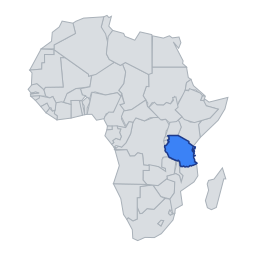 where United Republic of Tanzania sits in Africa
{"feature_id": "TZA", "entity_name": "United Republic of Tanzania", "entity_type": "country or territory", "adm_level": 0, "iso_a3": "TZA", "parent_name": "Africa", "parent_adm1": "", "projection": "mercator", "projection_center": [35.057, -6.356], "detail": "fine", "context": "in_parent", "style": "filled", "palette": "blue", "viewbox_px": 256, "rotation_deg": 0, "n_neighbors": 49, "source": "natural_earth", "source_scale": "50m", "svg_char_len": 13707}
<svg xmlns="http://www.w3.org/2000/svg" viewBox="0 0 256 256"><path d="M54.1,49.7L54.1,54.6L44.5,54.5L44.6,62.7L41.9,62.9L41.7,69.1L29.7,70.1L41.2,48.8L54.1,49.7Z" fill="#d9dde1" stroke="#a8b0b8" stroke-width="1"/><path d="M164.6,145.7L168.7,156.9L162.9,157.5L161.8,167.1L165.4,168.3L165.7,171.5L158.3,166.6L143.7,165.0L142.5,153.9L137.7,152.8L134.6,155.9L130.1,156.1L126.8,149.7L114.7,149.5L118.9,145.7L121.7,147.1L125.9,142.9L130.6,133.8L133.2,120.4L135.9,117.9L144.5,120.9L153.9,117.3L158.9,117.4L162.0,120.1L165.7,119.2L170.0,126.2L166.2,130.9L164.6,145.7Z" fill="#d9dde1" stroke="#a8b0b8" stroke-width="1"/><path d="M200.2,137.5L198.5,124.5L201.8,120.3L210.1,118.0L218.3,109.2L206.3,105.8L203.1,101.7L204.8,99.0L209.0,102.1L227.9,97.4L224.9,109.0L218.1,120.3L200.2,137.5Z" fill="#d9dde1" stroke="#a8b0b8" stroke-width="1"/><path d="M193.3,146.2L177.9,135.4L181.2,127.1L178.2,120.2L182.0,116.6L190.2,122.1L201.0,121.2L198.5,124.5L200.2,137.5L193.3,146.2Z" fill="#d9dde1" stroke="#a8b0b8" stroke-width="1"/><path d="M150.8,108.6L148.5,107.3L147.5,106.5L147.8,103.1L143.1,95.7L146.3,86.4L148.8,86.6L148.7,73.2L152.0,73.2L152.0,67.0L186.5,67.0L188.3,77.5L191.0,79.4L186.5,82.6L184.8,92.8L178.9,101.5L178.1,107.2L174.5,96.7L170.5,103.9L166.5,102.5L163.5,105.1L157.1,104.9L152.2,102.6L148.8,107.4L150.8,108.6Z" fill="#d9dde1" stroke="#a8b0b8" stroke-width="1"/><path d="M148.6,74.5L148.8,86.6L146.3,86.4L143.1,95.7L145.8,100.0L131.6,109.6L123.7,111.0L119.9,104.7L124.3,103.4L121.8,93.5L118.7,90.4L123.7,83.6L125.6,72.0L122.5,64.3L125.4,62.5L148.6,74.5Z" fill="#d9dde1" stroke="#a8b0b8" stroke-width="1"/><path d="M126.8,219.4L128.2,217.7L133.0,220.9L137.2,219.0L137.2,207.0L140.1,213.6L142.1,213.3L147.1,208.6L153.9,209.3L164.9,198.5L170.0,199.0L172.2,205.7L171.9,210.4L169.6,210.1L168.5,213.4L170.3,215.1L174.8,213.3L173.0,220.0L161.4,233.6L154.3,237.6L145.0,237.4L137.7,240.6L132.8,238.3L132.3,229.7L126.8,219.4ZM163.6,220.6L161.0,220.3L157.8,223.7L161.0,226.0L163.6,220.6Z" fill="#d9dde1" stroke="#a8b0b8" stroke-width="1"/><path d="M163.6,220.6L161.0,226.0L157.8,223.7L161.0,220.3L163.6,220.6Z" fill="#d9dde1" stroke="#a8b0b8" stroke-width="1"/><path d="M170.0,199.0L160.8,196.6L152.8,185.0L158.0,185.6L167.3,178.3L174.8,181.9L174.3,192.9L170.0,199.0Z" fill="#d9dde1" stroke="#a8b0b8" stroke-width="1"/><path d="M164.9,198.5L153.9,209.3L147.1,208.6L142.1,213.3L140.1,213.6L137.2,207.0L137.2,197.7L140.0,197.6L140.1,186.6L152.8,185.0L160.8,196.6L164.9,198.5Z" fill="#d9dde1" stroke="#a8b0b8" stroke-width="1"/><path d="M137.2,197.7L137.2,219.0L133.0,220.9L128.2,217.7L126.8,219.4L123.5,214.5L120.8,198.6L113.4,183.7L152.2,184.5L140.1,186.6L140.0,197.6L137.2,197.7Z" fill="#d9dde1" stroke="#a8b0b8" stroke-width="1"/><path d="M30.7,92.7L28.1,89.3L32.4,84.1L36.9,83.6L43.9,89.6L45.8,96.1L30.8,96.3L30.3,94.0L39.1,93.0L30.7,92.7Z" fill="#d9dde1" stroke="#a8b0b8" stroke-width="1"/><path d="M45.8,96.1L43.9,89.6L45.4,87.3L63.2,87.0L60.5,57.6L65.0,57.6L88.5,74.2L88.5,76.1L91.7,75.8L89.9,86.8L76.2,88.5L67.7,93.1L63.6,102.3L56.0,102.8L52.8,96.5L49.8,97.9L45.8,96.1Z" fill="#d9dde1" stroke="#a8b0b8" stroke-width="1"/><path d="M29.7,70.1L41.7,69.1L41.9,62.9L44.6,62.7L44.5,54.5L54.1,54.6L54.1,49.7L65.0,57.6L60.5,57.6L63.2,87.0L45.4,87.3L43.9,89.6L36.9,83.6L31.4,85.0L32.0,72.9L29.7,70.1Z" fill="#d9dde1" stroke="#a8b0b8" stroke-width="1"/><path d="M87.1,114.4L84.7,114.7L84.2,105.9L81.6,102.0L87.6,96.7L90.4,101.2L87.2,107.8L87.1,114.4Z" fill="#d9dde1" stroke="#a8b0b8" stroke-width="1"/><path d="M122.5,64.3L125.6,72.0L123.7,83.6L118.7,90.4L121.8,93.5L120.6,96.0L117.4,92.7L105.5,95.0L95.1,91.9L91.3,92.9L89.8,98.5L82.3,94.9L80.4,88.7L89.9,86.8L91.7,75.8L114.2,62.3L120.4,65.4L122.5,64.3Z" fill="#d9dde1" stroke="#a8b0b8" stroke-width="1"/><path d="M87.1,114.4L92.0,92.2L105.5,95.0L117.4,92.7L121.7,97.2L113.5,112.2L106.2,113.8L104.0,118.7L96.5,120.2L91.9,114.3L87.1,114.4Z" fill="#d9dde1" stroke="#a8b0b8" stroke-width="1"/><path d="M121.5,94.9L124.3,103.4L119.9,104.7L124.2,110.2L121.4,118.8L125.7,127.6L107.4,126.0L104.0,119.5L104.8,116.6L108.7,112.1L113.5,112.2L121.5,94.9Z" fill="#d9dde1" stroke="#a8b0b8" stroke-width="1"/><path d="M81.9,100.4L84.7,114.7L82.4,115.3L79.2,101.3L81.9,100.4Z" fill="#d9dde1" stroke="#a8b0b8" stroke-width="1"/><path d="M79.4,100.4L82.4,115.3L71.0,118.1L70.8,100.5L79.4,100.4Z" fill="#d9dde1" stroke="#a8b0b8" stroke-width="1"/><path d="M56.0,102.8L61.3,101.8L71.1,104.4L71.0,118.1L56.9,119.9L57.3,116.0L54.3,113.7L56.0,102.8Z" fill="#d9dde1" stroke="#a8b0b8" stroke-width="1"/><path d="M39.5,95.7L49.8,97.9L52.8,96.5L56.0,102.8L55.2,110.2L52.5,111.3L50.9,107.7L48.8,108.2L47.0,103.2L40.8,106.6L35.3,100.3L39.5,95.7Z" fill="#d9dde1" stroke="#a8b0b8" stroke-width="1"/><path d="M30.8,96.3L39.5,95.7L39.3,98.0L35.3,100.3L30.8,96.3Z" fill="#d9dde1" stroke="#a8b0b8" stroke-width="1"/><path d="M54.8,110.2L54.3,113.7L57.3,116.0L56.9,119.9L46.0,112.8L49.6,108.1L52.5,111.3L54.8,110.2Z" fill="#d9dde1" stroke="#a8b0b8" stroke-width="1"/><path d="M40.8,106.6L47.0,103.2L49.6,108.1L46.0,112.8L40.8,106.6Z" fill="#d9dde1" stroke="#a8b0b8" stroke-width="1"/><path d="M63.6,102.3L66.9,93.8L76.2,88.5L80.4,88.7L82.3,94.9L85.6,95.6L81.9,100.4L70.8,100.5L71.1,104.4L63.6,102.3Z" fill="#d9dde1" stroke="#a8b0b8" stroke-width="1"/><path d="M158.9,117.4L150.3,117.7L144.5,120.9L135.9,117.9L133.0,122.4L129.1,121.7L125.9,126.0L121.4,116.7L123.7,111.0L131.6,109.6L145.8,100.0L147.5,106.5L158.9,117.4Z" fill="#d9dde1" stroke="#a8b0b8" stroke-width="1"/><path d="M133.0,122.4L130.6,133.8L125.9,142.9L121.7,147.1L116.0,145.5L114.0,147.3L111.6,144.2L113.8,142.6L112.7,140.6L115.9,138.3L120.0,139.8L121.3,136.5L119.6,132.5L120.8,129.1L117.9,128.8L117.3,126.0L125.7,127.6L129.1,121.7L133.0,122.4Z" fill="#d9dde1" stroke="#a8b0b8" stroke-width="1"/><path d="M112.1,126.0L117.0,125.8L117.9,128.8L120.8,129.1L119.6,132.5L121.3,136.5L120.0,139.8L115.9,138.3L112.7,140.6L113.8,142.6L111.6,144.2L104.9,135.8L106.9,129.7L112.1,129.5L112.1,126.0Z" fill="#d9dde1" stroke="#a8b0b8" stroke-width="1"/><path d="M107.4,126.0L112.1,126.0L112.1,129.5L106.9,129.7L107.4,126.0Z" fill="#d9dde1" stroke="#a8b0b8" stroke-width="1"/><path d="M168.7,156.9L175.9,160.9L174.4,172.9L175.9,173.6L167.1,176.1L167.3,178.3L158.0,185.6L146.8,184.4L143.0,180.0L143.1,170.4L149.1,170.5L148.8,164.6L158.3,166.6L165.7,171.5L165.4,168.3L161.8,167.1L162.0,159.4L163.7,157.1L168.7,156.9Z" fill="#d9dde1" stroke="#a8b0b8" stroke-width="1"/><path d="M174.6,159.6L179.0,162.3L179.8,172.5L183.1,175.6L181.2,182.2L179.5,175.6L174.4,172.9L176.7,163.4L174.6,159.6Z" fill="#d9dde1" stroke="#a8b0b8" stroke-width="1"/><path d="M179.8,166.3L188.3,166.5L196.5,162.8L197.9,175.8L194.0,181.9L180.5,191.3L182.4,204.9L175.3,208.9L174.8,213.3L172.6,213.3L170.0,199.0L174.3,192.9L174.8,181.9L167.5,179.4L167.1,176.1L175.9,173.6L179.5,175.6L181.2,182.2L183.1,175.6L179.8,172.5L179.8,166.3Z" fill="#d9dde1" stroke="#a8b0b8" stroke-width="1"/><path d="M172.6,213.3L170.3,215.1L168.5,213.4L169.6,210.1L172.6,213.3Z" fill="#d9dde1" stroke="#a8b0b8" stroke-width="1"/><path d="M114.0,147.3L116.0,147.1L114.7,149.5L114.0,147.3ZM115.1,150.4L126.8,149.7L130.1,156.1L134.6,155.9L137.7,152.8L142.5,153.9L143.7,165.0L149.2,165.5L149.1,170.5L143.1,170.4L143.0,180.0L146.8,184.4L113.4,183.7L119.3,165.7L115.1,150.4Z" fill="#d9dde1" stroke="#a8b0b8" stroke-width="1"/><path d="M167.9,139.6L168.7,142.4L164.6,145.7L163.7,140.9L167.9,139.6Z" fill="#d9dde1" stroke="#a8b0b8" stroke-width="1"/><path d="M222.4,167.9L225.8,178.9L223.8,178.9L216.3,207.5L211.4,209.7L207.4,207.7L205.4,200.6L208.6,190.2L207.2,184.0L208.6,180.4L214.0,179.1L222.4,167.9Z" fill="#d9dde1" stroke="#a8b0b8" stroke-width="1"/><path d="M30.3,94.0L35.5,91.8L39.1,93.0L30.3,94.0Z" fill="#d9dde1" stroke="#a8b0b8" stroke-width="1"/><path d="M106.9,40.0L101.2,27.0L103.8,16.8L107.0,15.4L108.9,17.6L111.4,16.3L108.8,26.2L112.7,30.4L106.9,40.0Z" fill="#d9dde1" stroke="#a8b0b8" stroke-width="1"/><path d="M54.1,49.7L54.1,44.9L75.5,33.4L73.0,23.2L75.8,21.3L83.6,18.1L103.8,16.8L101.2,27.0L105.6,33.9L107.8,43.0L106.4,53.9L109.3,59.5L114.2,62.3L95.8,74.5L88.5,76.1L88.5,74.2L54.1,49.7Z" fill="#d9dde1" stroke="#a8b0b8" stroke-width="1"/><path d="M185.2,90.2L186.5,82.6L191.0,79.4L193.5,85.7L204.6,95.4L202.5,95.8L195.7,89.9L185.2,90.2Z" fill="#d9dde1" stroke="#a8b0b8" stroke-width="1"/><path d="M41.2,48.8L51.5,41.3L52.3,32.3L59.2,27.0L62.1,21.1L73.0,23.2L75.5,33.4L54.1,44.9L54.1,48.8L41.2,48.8Z" fill="#d9dde1" stroke="#a8b0b8" stroke-width="1"/><path d="M186.5,67.0L152.0,67.0L152.5,35.8L163.4,38.1L169.4,35.8L172.3,37.9L179.0,37.0L180.9,42.7L178.6,48.3L173.3,41.9L183.1,60.9L182.6,63.5L186.5,67.0Z" fill="#d9dde1" stroke="#a8b0b8" stroke-width="1"/><path d="M151.8,34.6L152.0,73.2L148.6,74.5L125.4,62.5L120.4,65.4L109.3,59.5L106.4,53.9L108.2,36.4L112.7,30.4L123.6,33.4L125.0,36.4L134.8,40.2L140.0,31.9L151.8,34.6Z" fill="#d9dde1" stroke="#a8b0b8" stroke-width="1"/><path d="M218.3,109.2L210.1,118.0L194.3,122.6L184.5,119.6L175.1,109.9L185.2,90.2L188.6,90.8L189.5,88.6L200.3,93.1L202.5,95.8L200.7,100.3L203.7,100.6L206.3,105.8L218.3,109.2Z" fill="#d9dde1" stroke="#a8b0b8" stroke-width="1"/><path d="M202.5,95.8L205.3,96.3L203.7,100.6L200.7,100.3L202.5,95.8Z" fill="#d9dde1" stroke="#a8b0b8" stroke-width="1"/><path d="M177.9,135.4L165.3,136.5L170.2,121.6L178.2,120.2L179.6,122.3L181.2,127.1L177.9,135.4Z" fill="#d9dde1" stroke="#a8b0b8" stroke-width="1"/><path d="M167.8,135.9L168.8,139.2L163.7,140.9L164.5,137.3L167.8,135.9Z" fill="#d9dde1" stroke="#a8b0b8" stroke-width="1"/><path d="M169.0,122.4L165.7,119.2L160.7,119.8L148.8,107.4L154.3,102.2L157.1,104.9L163.5,105.1L166.5,102.5L170.5,103.9L173.5,100.2L172.6,97.5L175.9,96.9L178.1,107.2L175.1,109.9L182.0,116.6L176.4,121.6L169.0,122.4Z" fill="#d9dde1" stroke="#a8b0b8" stroke-width="1"/><path d="M175.0,160.1L174.9,160.0L174.6,159.8L174.1,159.7L173.8,159.5L173.6,159.3L173.3,159.3L173.0,159.2L172.7,159.1L172.2,159.0L172.1,158.9L172.1,158.7L171.8,158.6L171.6,158.6L171.4,158.6L171.2,158.5L171.1,158.3L171.0,158.0L170.8,157.9L170.5,157.7L169.7,157.7L169.4,157.6L169.1,157.3L169.0,157.1L168.8,156.7L168.7,156.5L168.6,156.2L168.5,155.9L168.2,155.3L168.0,154.8L167.7,154.4L167.6,154.0L167.5,153.6L167.2,153.1L167.0,152.9L166.9,152.8L166.4,152.4L166.0,152.1L165.7,151.9L165.4,151.2L165.2,151.0L165.1,150.6L165.0,150.1L165.4,149.4L165.4,149.1L165.2,148.6L165.1,148.3L165.0,148.1L164.9,147.7L164.6,147.1L164.6,146.9L164.6,146.7L164.7,146.2L164.8,145.7L165.7,145.6L165.9,145.5L166.4,145.1L167.0,144.5L167.1,144.2L167.3,143.8L167.6,143.6L167.7,143.2L167.8,143.0L168.1,142.8L168.4,142.5L168.3,142.4L168.5,142.2L168.8,142.1L168.9,141.9L168.9,141.7L168.9,141.4L168.6,141.3L168.3,141.1L168.0,141.1L167.9,141.0L167.8,140.8L167.8,140.7L167.9,140.4L167.8,140.2L168.1,139.7L168.3,139.6L168.5,139.5L168.8,139.5L169.0,139.4L169.0,139.2L169.1,138.8L169.1,138.5L168.9,138.3L168.9,138.0L169.0,137.5L168.9,137.1L168.8,136.8L168.6,136.7L168.4,136.6L168.0,136.1L167.9,135.9L167.9,135.7L168.0,135.7L168.3,135.7L168.5,135.7L168.9,135.5L169.0,135.5L169.3,135.5L169.8,135.5L170.3,135.5L170.9,135.5L171.4,135.5L171.9,135.5L172.4,135.5L172.9,135.5L173.4,135.5L174.0,135.5L174.5,135.5L175.0,135.5L175.5,135.5L176.0,135.5L176.5,135.5L177.1,135.5L177.6,135.5L177.9,135.5L178.1,135.5L178.3,135.6L178.6,135.8L179.2,136.1L179.8,136.4L180.4,136.8L181.0,137.1L181.7,137.5L182.3,137.8L182.9,138.2L183.5,138.5L184.1,138.9L184.8,139.2L185.4,139.6L186.0,139.9L186.6,140.3L187.2,140.6L187.9,140.9L188.5,141.3L188.8,141.5L188.9,141.8L188.9,142.0L188.7,142.5L188.7,142.8L188.9,142.8L189.0,142.9L189.0,143.0L189.2,143.3L189.5,143.5L189.9,143.8L190.4,144.1L190.8,144.4L191.3,144.8L191.7,145.1L192.2,145.4L192.6,145.7L193.1,146.1L193.3,146.2L193.4,146.3L193.3,146.5L193.1,147.1L193.1,147.3L193.0,147.6L192.9,147.8L192.7,148.7L192.5,149.0L192.2,149.7L192.2,150.3L192.3,150.7L192.4,151.0L192.7,151.4L192.9,151.5L193.1,151.7L193.4,152.1L193.6,152.5L194.1,152.6L194.3,153.1L194.2,153.4L194.0,153.6L193.7,154.0L193.6,154.5L193.6,155.3L193.7,155.2L194.0,155.4L194.0,156.0L193.7,156.6L193.6,157.0L193.8,158.1L194.1,158.5L194.6,159.4L194.5,160.1L194.7,160.6L194.8,161.0L195.0,161.3L195.0,161.6L194.8,161.8L195.2,161.9L195.5,162.1L195.6,162.3L195.9,162.3L196.0,162.4L196.3,162.5L196.8,162.9L196.9,163.0L197.0,163.2L196.6,163.5L196.1,163.9L195.6,164.3L195.1,164.5L194.7,164.6L194.4,164.7L194.0,164.9L193.7,165.1L193.2,165.3L192.7,165.3L192.1,165.5L191.6,165.8L191.2,166.0L190.7,165.7L190.3,165.6L189.9,165.6L189.6,165.7L189.4,165.9L189.3,166.2L189.0,166.5L188.5,166.8L188.0,166.9L187.5,166.8L187.2,166.7L186.8,166.5L186.5,166.5L186.2,166.6L186.0,166.8L185.5,166.9L184.9,166.9L184.6,166.8L184.5,166.6L184.2,166.4L183.7,166.1L183.4,166.1L183.1,166.4L182.9,166.5L182.7,166.6L182.4,166.5L181.6,166.5L181.0,166.5L181.0,166.4L180.9,166.2L180.8,165.9L180.7,165.8L180.4,165.8L180.4,165.7L180.2,165.3L180.0,165.2L179.9,165.0L179.9,164.9L180.1,164.4L180.1,164.2L180.1,163.9L180.0,163.7L179.9,163.4L179.8,163.1L179.8,162.9L179.8,162.5L179.7,162.0L179.7,161.9L179.6,161.7L179.1,161.1L178.4,160.5L178.2,160.3L178.0,160.5L178.0,160.8L177.9,160.9L177.5,160.7L177.3,160.6L176.8,160.7L176.6,160.7L176.2,160.4L175.9,160.4L175.7,160.3L175.2,160.0L175.0,160.1ZM194.2,150.6L194.4,151.2L194.4,151.3L194.2,151.4L194.0,151.1L193.8,151.1L193.6,150.9L193.4,150.9L193.3,150.6L193.3,150.3L193.3,149.9L193.5,149.6L193.6,149.3L193.8,149.5L193.8,149.9L194.0,150.4L194.1,150.6L194.2,150.6ZM195.2,146.9L195.3,147.0L195.2,147.2L195.2,147.6L195.2,147.9L195.0,148.3L194.9,148.5L194.8,148.4L194.7,148.3L194.6,148.2L194.8,147.5L194.7,146.9L195.0,147.0L195.2,146.9ZM194.8,155.9L194.6,155.9L194.5,155.7L194.8,155.4L195.2,155.1L195.3,154.9L195.3,155.1L195.1,155.6L194.9,155.7L194.8,155.9Z" fill="#3b82f6" stroke="#1e3a8a" stroke-width="1.5"/></svg>